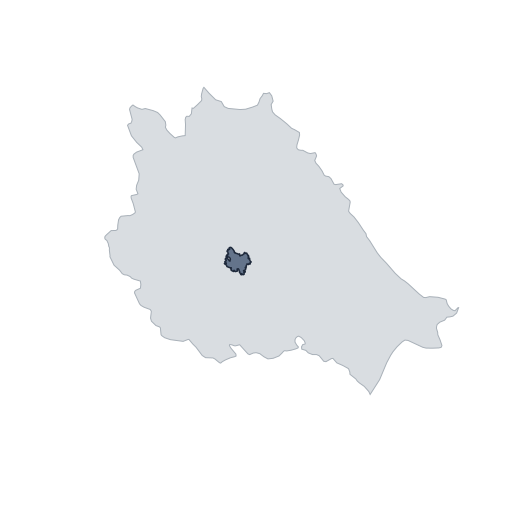 Smalyavichy, Minsk, Belarus (highlighted), rotated 226°
{"feature_id": "67162791B46914171064537", "entity_name": "Smalyavichy", "entity_type": "district", "adm_level": 2, "iso_a3": "BLR", "parent_name": "Belarus", "parent_adm1": "Minsk", "projection": "equal_earth", "projection_center": [28.153, 53.988], "detail": "fine", "context": "in_parent", "style": "filled", "palette": "slate", "viewbox_px": 512, "rotation_deg": 226, "n_neighbors": 0, "source": "geoboundaries", "source_scale": "gbopen_adm2", "svg_char_len": 8770}
<svg xmlns="http://www.w3.org/2000/svg" viewBox="0 0 512 512"><g transform="rotate(226 256 256)"><path d="M413.5,335.7L405.7,335.3L396.4,335.5L391.2,338.3L385.5,336.9L381.5,338.5L372.4,346.3L368.8,350.5L365.5,357.0L363.5,361.8L364.7,365.2L366.4,368.3L366.9,371.7L367.8,374.4L365.5,376.3L364.2,379.1L360.3,378.6L355.5,375.9L354.4,372.1L350.7,369.4L348.2,368.0L344.2,367.8L337.9,369.0L329.5,370.0L323.2,370.3L319.8,371.6L314.7,373.0L312.7,371.4L309.9,367.0L307.5,362.7L305.9,360.7L304.6,360.2L302.9,360.3L300.9,361.7L299.5,363.1L294.2,364.8L291.9,366.3L289.3,370.3L287.6,370.0L285.9,369.1L283.9,364.6L281.1,363.6L276.7,363.5L271.2,362.6L266.8,361.2L265.1,361.6L262.5,363.5L259.6,363.7L253.4,362.0L252.1,362.8L248.5,367.8L246.8,368.0L245.9,367.4L246.4,363.1L242.8,361.6L236.6,361.3L232.3,361.9L230.2,361.8L229.1,360.9L223.9,353.7L221.1,353.3L216.1,353.6L208.8,352.8L200.3,351.2L195.6,350.6L193.2,349.0L188.0,348.4L174.0,345.4L168.3,344.8L159.8,344.8L147.0,344.1L138.8,344.5L134.9,345.5L130.5,346.1L115.2,347.0L109.7,347.8L108.1,349.3L106.2,352.6L99.8,358.3L93.6,362.1L92.4,362.4L88.9,360.4L86.0,359.7L82.5,359.5L80.0,360.1L78.4,361.1L78.5,365.5L78.1,365.9L75.6,360.7L75.9,355.9L77.5,353.2L79.4,350.8L78.8,347.1L80.7,342.3L80.9,338.8L80.1,337.3L78.7,335.6L74.8,333.6L73.1,332.1L67.8,330.1L62.5,327.6L61.7,326.1L62.0,325.1L63.0,323.5L67.2,318.8L71.7,314.3L74.6,312.5L89.7,306.7L92.1,304.7L92.7,301.3L92.7,294.4L92.0,288.1L91.0,283.8L88.4,275.8L81.2,259.1L77.1,241.9L80.1,243.0L87.1,243.3L92.8,242.2L95.7,242.0L98.2,242.4L105.6,241.4L107.4,242.9L110.7,244.3L117.2,242.3L123.0,239.9L128.9,240.2L129.8,239.0L131.4,232.9L133.2,231.6L140.3,232.2L143.0,231.1L145.8,228.2L150.0,226.3L153.5,226.3L157.2,224.2L159.0,225.6L159.8,228.1L158.6,230.1L159.1,230.9L161.6,231.9L165.9,231.9L168.7,231.0L169.3,229.9L169.4,227.8L168.7,225.9L166.9,224.2L163.5,223.4L161.1,223.3L160.7,222.3L161.6,220.0L163.8,215.9L166.4,212.1L168.1,210.7L168.3,209.4L168.1,207.1L168.1,203.1L170.5,197.3L173.7,193.1L178.0,191.7L183.1,190.9L186.4,188.9L188.1,186.6L189.5,182.9L191.2,182.2L203.5,182.6L205.5,179.0L206.5,178.0L208.9,176.9L210.6,175.6L210.0,174.6L206.8,173.9L199.4,173.4L197.9,172.2L198.4,170.7L200.5,167.0L202.4,162.1L203.4,158.4L203.5,156.2L204.6,155.6L210.6,154.9L212.6,154.2L217.9,149.1L221.8,148.2L232.0,149.5L236.7,149.4L242.6,149.8L243.1,149.3L245.2,144.3L255.3,136.3L260.7,133.5L264.1,132.9L265.3,133.0L270.7,137.3L271.9,137.4L275.5,135.7L281.7,135.5L284.6,137.0L288.8,142.2L290.9,142.8L296.9,139.9L300.3,138.9L302.5,139.0L313.9,143.0L314.8,144.3L314.8,145.8L313.1,150.5L315.5,153.4L318.3,155.4L324.1,152.1L326.3,151.2L328.6,151.2L331.8,150.0L334.0,148.2L336.2,147.5L340.4,148.0L348.0,147.5L356.9,150.4L357.7,151.3L362.1,154.6L363.7,156.3L365.2,156.8L367.6,158.4L370.7,159.5L372.9,159.2L374.0,159.7L375.0,161.0L375.1,163.2L374.9,169.5L371.8,172.8L371.4,173.9L371.6,175.3L374.2,178.0L377.5,182.3L378.3,184.7L378.3,186.6L374.0,192.0L372.6,193.3L371.6,195.9L371.1,198.7L371.4,199.8L379.0,204.1L384.5,206.5L385.8,207.7L385.9,208.4L383.1,213.0L382.8,214.3L387.3,216.2L389.8,219.3L392.0,224.3L396.3,229.1L412.2,236.1L413.6,237.4L414.1,238.9L413.7,242.2L411.0,248.5L413.7,249.4L420.6,249.1L429.0,249.9L439.3,254.4L439.4,256.4L438.4,258.2L439.1,260.1L440.3,261.8L449.2,266.8L450.1,268.2L450.3,270.7L450.1,272.4L447.7,272.8L445.0,273.6L440.7,275.8L439.0,278.8L432.0,283.0L427.6,284.9L424.1,285.0L415.7,284.1L412.8,282.1L411.5,280.2L408.3,279.3L404.0,279.2L398.1,279.6L396.9,280.1L396.0,282.5L393.6,286.4L391.8,288.7L399.5,296.6L403.3,299.8L404.6,301.8L404.6,303.3L402.8,304.9L403.2,308.3L406.9,312.8L405.7,313.5L405.5,318.9L405.6,324.8L406.7,326.2L408.7,327.4L410.4,329.5L413.3,334.4L413.5,335.7Z" fill="#d9dde1" stroke="#a8b0b8" stroke-width="1"/><path d="M268.6,227.8L268.1,228.0L267.8,228.1L267.2,228.4L266.8,228.6L266.4,228.7L266.1,228.9L265.8,229.1L265.5,229.2L265.3,229.4L265.2,229.6L265.0,229.8L264.9,229.9L264.7,229.6L264.7,229.4L264.7,229.2L264.4,229.1L264.1,229.3L263.8,229.3L263.7,229.2L263.6,228.8L263.6,228.6L263.4,228.4L263.0,228.3L262.8,228.4L262.4,228.4L262.1,228.5L261.7,228.6L261.3,228.8L260.9,228.9L260.6,229.0L260.4,229.2L260.5,229.4L260.7,229.6L260.9,229.7L261.0,230.0L260.8,230.3L260.6,230.3L260.4,230.3L260.1,230.2L259.8,230.2L259.3,230.3L258.9,230.6L258.8,230.9L258.7,231.2L258.5,231.4L258.4,231.6L258.2,231.8L258.2,232.1L258.3,232.4L258.6,232.6L258.9,232.8L259.2,233.0L259.5,233.1L259.7,233.3L259.7,233.5L259.4,233.8L259.4,234.0L259.2,234.3L258.9,234.4L258.7,234.3L258.4,234.3L258.0,234.2L257.7,234.0L257.3,233.8L257.0,233.6L256.7,233.4L256.4,233.4L256.2,233.4L255.9,233.2L255.7,232.8L255.5,232.7L255.2,232.7L254.7,232.7L254.0,232.7L253.9,232.6L253.7,232.4L253.2,232.3L252.9,232.3L252.7,232.4L252.7,232.7L252.8,232.9L253.0,233.1L253.3,233.3L253.2,233.5L252.8,233.5L252.5,233.5L251.8,233.5L251.5,233.8L251.3,234.0L251.2,234.3L251.2,234.6L251.2,234.9L251.4,235.1L251.7,235.3L252.1,235.6L252.5,235.7L252.6,236.0L252.5,236.4L252.3,236.5L252.1,236.6L252.0,236.8L252.0,237.0L252.3,237.4L252.5,237.3L252.9,237.2L253.0,237.0L253.3,236.8L253.5,236.7L253.8,236.7L254.0,236.8L254.1,237.0L253.8,237.4L253.6,237.7L253.5,237.9L253.6,238.1L253.6,238.3L253.5,238.5L253.4,238.7L253.4,238.9L253.6,239.1L253.8,239.3L253.8,239.5L253.9,239.9L254.3,240.1L254.5,240.1L254.8,240.1L255.0,240.1L255.1,240.3L255.2,240.5L254.9,240.9L254.7,241.1L254.8,241.4L255.0,241.6L255.3,241.7L255.6,241.9L255.8,242.2L256.0,242.6L256.0,243.0L256.1,243.3L256.3,243.7L256.5,244.0L256.3,244.2L256.0,244.3L255.7,244.3L255.2,244.5L255.1,244.8L255.2,245.0L255.4,245.2L255.4,245.4L255.4,245.6L255.2,245.7L254.9,245.8L254.4,246.0L254.5,246.5L254.9,246.9L255.2,247.0L255.3,247.2L255.3,247.4L255.2,247.6L255.0,247.8L255.0,248.0L255.2,248.4L255.5,248.4L256.1,248.4L256.6,248.4L257.0,248.5L257.4,248.7L257.6,248.9L258.0,249.1L258.3,249.5L258.6,249.6L258.8,249.7L259.0,249.8L259.2,249.6L259.2,249.2L259.2,248.7L259.6,248.7L260.0,248.9L260.1,249.1L260.2,249.4L260.3,249.5L260.5,249.7L260.7,249.8L260.7,250.1L260.7,250.3L260.8,250.4L260.9,250.6L261.2,250.5L261.4,250.4L261.8,250.5L261.9,250.9L262.0,250.9L262.4,250.8L262.6,250.8L262.8,250.8L263.0,250.8L263.5,250.9L263.7,251.0L263.8,251.1L264.2,251.3L264.4,251.3L264.6,251.2L264.8,251.1L264.9,250.8L265.0,250.5L265.2,250.3L265.3,250.2L265.7,250.2L265.9,250.3L266.2,250.4L266.4,250.3L266.4,250.2L266.4,249.8L266.4,249.4L266.3,249.2L265.9,248.9L265.9,248.5L266.0,248.2L266.1,247.9L266.1,247.6L266.1,247.0L266.1,246.8L266.2,246.6L266.3,246.4L266.6,246.3L266.9,245.9L266.9,245.6L266.9,245.1L267.0,244.9L267.2,244.6L267.3,244.5L267.5,244.5L267.8,244.7L268.0,244.9L268.2,245.0L268.5,245.2L268.6,245.4L268.7,245.5L268.9,245.6L269.1,245.5L269.2,245.3L269.3,245.1L269.3,244.9L269.4,244.7L269.7,244.5L270.0,244.4L270.3,244.3L270.7,244.2L270.9,244.1L271.1,244.0L271.4,243.7L271.5,243.6L271.8,243.4L272.0,243.4L272.4,243.5L272.6,243.4L272.7,243.2L272.8,243.0L273.0,242.9L273.3,242.9L273.8,243.0L274.0,243.2L274.1,243.4L274.2,243.5L274.4,243.7L274.6,243.7L274.8,243.7L275.0,243.7L275.5,243.8L275.8,243.9L276.1,244.0L276.8,244.0L277.5,244.1L278.1,244.1L278.5,244.1L278.9,244.1L279.3,244.0L279.6,243.9L279.8,243.7L280.1,243.5L280.2,243.2L280.4,242.9L280.4,242.7L280.4,242.3L280.0,242.2L279.8,242.1L279.4,242.0L279.2,241.8L279.2,241.6L279.2,241.4L279.5,241.2L279.8,241.2L280.1,240.9L280.3,240.5L280.3,240.2L280.0,240.0L279.6,239.8L279.4,239.7L279.4,239.4L279.4,239.2L279.6,239.0L279.7,238.8L279.7,238.6L279.4,238.4L279.1,238.3L278.7,238.4L278.6,238.5L278.4,238.5L278.1,238.4L277.9,238.2L277.7,238.0L277.3,237.8L276.9,237.8L276.6,237.6L276.7,237.3L277.0,237.2L277.0,236.7L276.7,236.5L276.3,236.3L276.1,236.1L276.1,235.9L276.4,235.8L276.7,235.7L276.9,235.5L276.7,235.3L276.5,235.1L276.5,234.8L276.5,234.6L276.6,234.4L276.3,234.2L276.0,234.1L275.9,233.8L275.9,233.7L275.5,233.5L275.0,233.4L274.7,233.6L274.7,233.8L274.7,234.1L274.8,234.3L274.9,234.6L275.1,234.9L275.1,235.1L275.0,235.3L274.9,235.4L274.5,235.4L274.2,235.5L273.9,235.8L273.4,235.8L273.1,235.8L272.6,235.8L272.2,235.8L272.0,235.6L271.7,235.4L271.4,235.2L271.1,234.9L271.0,234.6L271.0,234.4L270.9,234.2L270.6,233.9L270.5,233.7L271.0,233.5L271.3,233.4L271.6,233.5L271.8,233.6L272.0,233.7L272.4,233.7L272.6,233.7L272.9,233.8L273.2,233.8L273.5,233.7L273.9,233.5L274.0,233.4L274.4,233.1L274.7,232.8L274.9,232.6L275.1,232.4L275.3,232.2L275.2,231.8L275.0,231.6L274.7,231.6L274.4,231.6L273.9,231.5L273.3,231.4L273.2,231.2L273.3,231.0L273.3,230.7L273.4,230.4L273.5,230.3L273.6,230.1L273.6,229.8L273.4,229.7L273.2,229.4L272.8,229.4L272.4,229.5L271.9,229.7L271.6,229.7L271.3,229.5L271.2,229.2L271.4,229.0L271.6,228.8L272.0,228.6L272.4,228.5L272.5,228.3L272.5,228.1L272.1,228.0L271.4,228.1L271.2,228.3L270.8,228.3L270.4,228.3L269.9,228.3L269.5,228.2L269.0,228.0L268.7,227.9L268.6,227.8Z" fill="#64748b" stroke="#1e293b" stroke-width="1.5"/></g></svg>